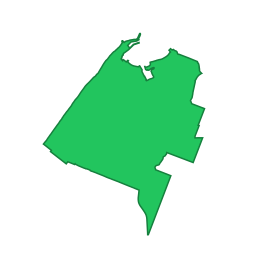 the district of Bunbury, Western Australia, Australia, rotated 21°
{"feature_id": "25037944B68706686187302", "entity_name": "Bunbury", "entity_type": "district", "adm_level": 2, "iso_a3": "AUS", "parent_name": "Australia", "parent_adm1": "Western Australia", "projection": "natural_earth1", "projection_center": [115.658, -33.355], "detail": "fine", "context": "isolated", "style": "filled", "palette": "green", "viewbox_px": 256, "rotation_deg": 21, "n_neighbors": 0, "source": "geoboundaries", "source_scale": "gbopen_adm2", "svg_char_len": 5380}
<svg xmlns="http://www.w3.org/2000/svg" viewBox="0 0 256 256"><g transform="rotate(21 128 128)"><path d="M139.3,38.7L138.8,39.9L138.4,40.7L140.4,41.9L140.0,42.7L139.5,44.8L139.2,45.7L138.8,46.5L137.7,48.2L136.4,49.8L135.6,50.8L134.8,51.6L134.0,52.2L133.7,52.4L132.5,53.1L132.3,53.3L130.7,54.4L130.1,55.0L129.4,55.5L127.5,57.0L126.0,58.0L125.3,58.6L125.2,58.6L125.2,59.1L126.0,60.2L126.1,61.1L126.1,61.4L125.7,62.2L125.3,62.8L124.7,63.4L124.1,63.9L123.5,64.4L122.8,65.0L122.3,65.0L122.2,65.0L121.8,64.5L121.6,64.6L123.4,67.0L124.4,67.3L125.1,67.2L125.2,66.7L125.5,66.7L126.3,66.8L126.6,66.6L126.8,66.5L127.0,66.3L127.8,64.8L128.1,64.3L129.5,62.9L129.8,62.7L130.1,62.6L130.4,62.3L130.6,62.3L130.8,62.5L130.9,62.9L130.9,63.0L130.9,63.3L130.8,63.5L130.7,63.7L130.2,64.2L129.6,64.7L129.2,65.2L129.1,65.4L129.2,66.6L129.3,66.9L130.0,67.4L130.6,68.2L131.1,68.8L132.1,69.7L133.1,70.5L133.8,71.3L133.8,71.5L133.6,71.9L133.1,72.7L132.9,72.9L132.4,73.3L130.7,74.6L130.5,74.8L129.0,76.6L128.3,77.2L128.1,77.2L127.9,77.1L127.6,76.7L127.9,76.4L125.0,73.8L124.8,74.0L120.7,70.2L120.3,68.6L116.6,65.8L116.3,66.0L116.5,66.5L115.9,67.1L115.1,67.3L112.4,67.8L110.8,68.0L109.8,68.0L108.4,67.9L107.4,67.6L106.4,67.4L104.3,66.5L104.0,66.4L103.9,66.2L104.3,65.1L103.6,64.9L103.4,65.1L102.7,67.0L101.7,66.7L101.1,66.4L99.7,66.0L99.4,66.0L99.0,65.9L98.9,67.0L98.6,66.8L98.3,66.8L98.0,66.7L97.7,66.4L96.8,66.0L96.9,65.7L97.0,65.5L97.0,65.3L97.0,63.9L96.9,63.9L96.7,63.7L96.8,62.6L97.0,62.3L96.9,62.2L97.4,61.5L97.4,61.4L97.2,61.3L97.0,61.0L97.0,60.8L97.1,60.2L97.2,59.7L97.4,59.4L97.5,59.4L100.5,54.7L103.5,48.2L107.9,44.6L107.6,44.2L103.1,48.0L100.9,53.1L100.7,53.3L100.6,52.9L100.5,52.6L100.2,52.3L98.1,51.0L100.0,46.6L105.1,43.6L105.0,43.2L105.3,43.2L105.5,42.7L106.2,42.2L106.6,41.7L106.5,41.4L106.3,41.4L105.8,41.5L105.8,41.4L105.7,41.2L105.9,40.9L105.9,40.2L106.1,38.4L106.1,36.8L106.1,36.4L105.9,35.9L105.8,35.6L105.7,35.5L105.6,35.4L105.4,35.4L105.3,35.5L105.1,35.6L105.0,36.1L104.9,38.4L104.8,40.4L104.7,40.8L104.5,41.4L104.2,41.9L104.1,42.0L103.6,42.4L103.5,42.5L102.4,42.9L101.7,43.2L101.2,43.6L98.6,45.1L98.1,45.4L97.5,46.0L97.0,46.4L96.0,47.0L95.3,47.5L94.9,47.8L94.4,48.4L94.1,48.8L93.9,49.3L93.8,49.5L93.5,49.5L93.3,49.4L92.1,48.6L91.7,48.5L91.4,48.6L91.2,48.8L91.2,49.2L91.3,49.4L91.7,50.0L92.1,50.5L91.7,52.3L91.4,53.7L90.8,55.6L90.2,56.7L90.0,57.0L89.5,58.2L89.4,58.4L88.8,59.5L88.3,60.7L88.0,61.2L87.3,62.1L86.8,63.2L86.4,64.1L86.2,64.8L85.1,67.4L85.0,68.1L84.7,69.0L84.2,71.0L83.6,72.2L83.2,73.0L82.7,74.9L82.4,76.2L82.0,78.2L81.8,79.5L81.7,80.3L81.2,82.9L80.4,87.8L80.1,88.4L79.7,88.8L79.4,89.6L79.3,90.2L79.3,90.5L79.1,90.9L79.0,91.2L78.8,91.6L78.2,92.4L78.0,92.7L77.8,93.0L77.6,93.4L77.1,94.8L76.7,95.7L75.7,98.3L74.9,100.1L73.9,102.2L73.1,104.3L72.2,107.9L71.6,110.0L71.2,111.5L70.7,113.9L70.1,116.6L69.4,118.7L68.9,119.9L68.7,120.4L68.5,121.1L68.0,123.3L67.6,124.5L67.5,124.9L67.2,127.1L67.0,128.1L66.0,131.3L65.5,133.3L64.9,134.9L64.6,136.0L64.4,136.9L64.2,137.5L63.6,139.6L63.5,140.0L63.3,141.2L63.0,142.2L62.9,143.6L62.7,144.0L62.0,146.1L61.6,148.4L61.4,149.0L61.0,150.3L60.6,151.8L60.0,154.1L59.9,154.4L59.1,157.5L58.5,159.9L58.3,160.8L57.7,162.8L57.3,164.6L56.7,166.7L56.6,167.6L56.3,168.8L56.1,169.4L55.8,170.2L55.5,171.0L55.0,172.7L54.8,173.3L64.5,176.3L64.1,177.8L83.2,183.6L83.9,181.1L91.3,181.2L91.5,180.4L91.8,180.6L92.5,180.7L95.1,181.0L101.7,181.2L102.4,181.1L103.0,181.2L103.3,181.2L104.1,180.9L107.4,180.9L107.7,181.0L108.0,181.3L108.6,181.4L109.6,181.4L110.2,181.3L121.7,181.4L126.2,181.6L137.0,181.6L148.3,181.8L160.6,182.0L162.6,189.6L163.3,191.4L164.2,193.1L164.6,193.7L165.1,194.3L165.6,194.8L166.2,195.4L167.6,196.5L171.1,198.8L173.8,200.7L175.2,201.9L176.2,202.9L177.4,204.6L178.2,206.1L184.0,219.1L184.6,220.6L185.0,220.5L185.2,220.3L185.2,216.7L185.1,157.2L168.7,157.1L168.4,156.4L167.9,156.0L167.8,155.8L167.3,155.1L167.2,154.9L167.2,154.6L167.4,153.9L167.6,153.3L167.7,153.1L168.2,152.6L168.9,152.1L169.8,151.5L170.1,151.2L170.2,150.8L170.3,150.6L170.3,149.8L170.4,149.4L170.9,147.8L171.1,147.1L171.2,146.3L171.2,146.0L171.4,145.8L171.6,145.1L171.6,144.9L171.6,143.8L171.5,143.7L171.4,143.1L171.3,142.3L171.4,142.1L171.7,141.8L172.1,141.3L172.3,141.1L172.7,140.5L172.8,140.3L172.8,140.0L172.8,139.4L173.0,139.2L173.1,138.9L173.2,138.7L173.2,138.3L173.2,137.7L173.0,137.0L201.2,136.9L201.2,110.4L194.1,113.2L193.6,111.9L193.5,111.3L193.5,100.3L193.2,100.4L192.5,100.4L192.5,82.5L178.8,82.5L177.0,80.5L176.8,80.5L176.7,80.4L176.5,80.1L176.5,79.4L176.9,77.1L176.9,76.5L176.8,75.9L176.3,73.2L176.1,72.4L176.0,72.2L175.6,69.9L175.1,66.6L174.6,63.5L174.3,61.4L174.0,60.2L173.7,59.8L173.6,59.6L173.7,59.4L173.8,59.2L173.9,58.9L174.0,58.2L174.1,57.4L174.2,56.5L174.3,55.9L174.5,55.3L174.7,54.6L175.3,53.2L175.5,52.9L176.9,50.9L177.2,50.6L176.6,50.4L176.4,50.2L176.2,50.1L175.9,50.0L175.2,49.7L174.6,49.2L174.0,48.5L173.9,48.2L173.8,47.9L173.7,47.6L173.6,47.4L173.4,47.2L173.2,46.8L173.3,46.8L173.0,46.3L172.7,46.0L172.7,45.8L172.7,45.6L172.4,45.3L172.3,44.9L171.5,43.6L170.7,42.6L170.4,42.6L170.3,42.3L169.4,41.9L169.2,41.7L169.2,41.4L168.9,41.1L168.7,41.1L168.2,41.1L159.5,40.9L149.2,40.9L148.9,41.0L148.7,41.2L148.2,41.2L147.4,40.5L146.8,39.8L146.5,39.4L145.7,39.0L145.1,38.9L144.1,39.0L143.5,38.9L142.6,38.5L142.2,38.4L142.1,38.5L141.8,38.8L141.7,38.9L141.5,39.2L141.4,39.3L141.0,39.3L139.3,38.7Z" fill="#22c55e" stroke="#15803d" stroke-width="1.5"/></g></svg>